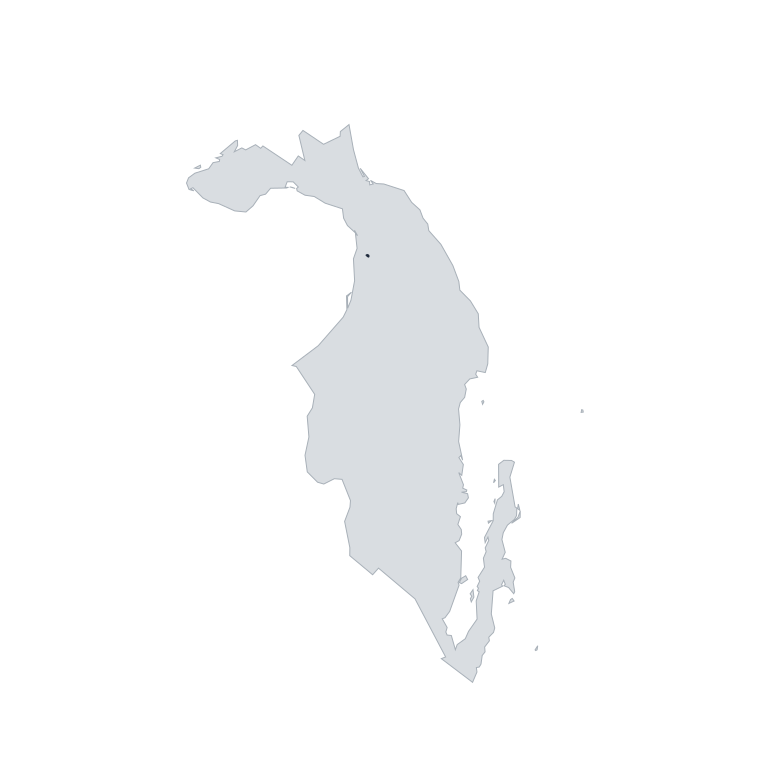 Cosautlán de Carvajal, Veracruz, Mexico shown in context, rotated 216°
{"feature_id": "50627088B10662501501563", "entity_name": "Cosautlán de Carvajal", "entity_type": "district", "adm_level": 2, "iso_a3": "MEX", "parent_name": "Mexico", "parent_adm1": "Veracruz", "projection": "orthographic", "projection_center": [-96.973, 19.329], "detail": "fine", "context": "in_parent", "style": "filled", "palette": "slate", "viewbox_px": 768, "rotation_deg": 216, "n_neighbors": 0, "source": "geoboundaries", "source_scale": "gbopen_adm2", "svg_char_len": 4302}
<svg xmlns="http://www.w3.org/2000/svg" viewBox="0 0 768 768"><g transform="rotate(216 384 384)"><path d="M137.0,194.7L176.2,195.5L173.7,199.4L232.6,228.4L280.2,231.8L281.1,223.0L310.8,225.0L315.4,231.5L335.1,249.7L339.1,264.3L342.6,270.0L361.9,282.2L368.5,278.2L373.9,267.7L380.0,265.5L394.4,267.8L406.0,279.9L413.6,297.0L427.2,312.8L427.9,322.6L434.0,334.9L465.2,346.6L469.3,344.9L459.7,376.3L456.3,414.1L457.7,422.3L466.1,433.2L464.3,439.1L464.8,433.2L457.9,423.9L460.0,432.4L468.5,450.3L482.3,467.3L485.5,477.9L495.3,488.7L492.6,488.5L498.2,491.0L496.4,489.5L506.7,490.7L514.1,494.4L520.6,501.3L537.9,495.7L550.6,494.7L558.9,490.3L567.8,489.2L569.6,490.8L569.1,493.0L576.3,494.2L581.2,490.7L579.7,485.1L577.3,486.6L577.9,485.4L590.8,475.7L591.4,468.0L595.0,463.5L594.7,451.2L596.8,442.0L606.5,436.3L623.9,432.7L631.4,429.2L639.9,428.1L654.0,430.5L655.1,428.4L651.4,428.5L656.1,426.8L661.9,430.5L663.3,435.9L660.9,443.4L652.3,455.1L652.4,462.6L648.0,467.3L648.9,469.0L653.0,468.1L648.9,473.0L649.0,474.9L651.9,474.2L647.2,493.2L645.8,495.0L642.6,490.9L641.6,483.9L637.8,491.4L633.5,492.1L628.6,502.1L622.3,502.2L621.9,505.4L587.1,506.8L587.4,518.1L579.4,518.3L599.0,535.1L598.6,541.5L573.8,542.4L565.1,558.6L567.7,562.6L564.8,573.3L546.4,555.6L531.7,543.7L522.8,539.2L521.8,540.4L530.0,544.5L517.2,541.0L518.1,538.0L514.7,539.3L512.6,536.7L510.3,539.5L514.6,540.8L508.1,541.6L501.7,545.7L481.5,552.3L468.4,547.2L457.3,546.0L449.9,541.1L442.6,539.1L437.9,534.4L420.0,530.4L397.9,520.3L383.7,510.9L377.8,504.5L362.9,502.0L349.0,496.2L340.4,485.7L321.4,475.2L311.9,461.3L308.8,452.8L316.6,449.3L315.6,445.8L312.2,444.5L317.6,438.5L318.5,431.0L314.5,428.3L310.9,420.6L311.4,413.8L309.0,407.6L298.6,395.6L289.8,381.3L275.6,368.6L279.8,371.1L280.2,368.5L272.5,365.5L267.4,355.8L271.5,356.3L260.5,349.2L259.1,346.0L254.7,346.9L254.1,345.4L257.7,342.0L251.9,344.4L248.8,341.5L248.7,335.3L253.2,330.2L254.6,331.4L252.3,325.5L249.0,321.8L244.2,321.6L241.7,313.8L236.0,311.7L232.9,308.2L231.2,301.5L233.1,297.4L223.1,294.5L207.9,272.2L207.5,267.1L205.0,265.3L197.2,238.6L197.3,230.7L198.9,228.3L189.8,224.1L188.2,219.7L185.4,218.0L181.7,220.1L170.1,211.0L171.6,216.2L168.5,225.7L170.2,233.6L170.5,248.5L181.9,262.7L184.9,271.9L187.0,271.7L187.6,274.4L189.6,274.9L190.7,280.7L194.2,282.8L195.0,294.9L201.2,301.5L202.8,308.4L205.8,310.9L207.3,319.0L209.9,321.2L208.9,315.1L212.5,318.9L215.3,337.6L219.3,343.2L224.1,356.9L222.7,362.4L223.5,367.5L228.3,372.7L230.6,368.0L244.1,386.4L242.2,392.7L235.9,397.1L232.5,397.4L227.4,382.6L205.7,361.6L203.6,361.7L199.4,355.4L198.9,351.2L201.2,342.4L200.1,333.8L197.2,327.5L187.0,319.1L185.5,311.7L183.1,314.5L177.3,315.4L173.8,310.1L164.1,304.0L163.1,299.7L156.2,292.8L155.8,290.6L163.6,292.6L168.4,291.3L168.1,293.2L171.8,295.6L170.9,290.6L169.2,290.2L174.2,280.8L162.0,261.0L151.0,251.7L149.4,247.4L150.4,240.7L147.8,238.2L148.0,230.4L144.8,226.7L145.0,222.1L140.9,214.4L140.6,211.0L142.6,208.9L139.5,205.6L137.0,194.7ZM207.1,272.4L205.2,276.9L201.4,275.0L203.9,268.1L206.3,267.6L207.1,272.4ZM191.1,269.9L186.0,264.4L185.3,259.0L187.9,261.0L188.2,263.9L191.0,264.9L191.1,269.9ZM661.2,453.1L659.6,451.6L660.3,449.4L664.1,447.4L661.2,453.1ZM199.1,361.3L195.4,356.0L198.9,346.3L197.3,355.1L199.1,361.3ZM154.2,285.9L151.2,284.9L154.0,279.9L154.9,283.9L154.2,285.9ZM105.8,262.6L103.9,258.9L104.6,257.5L105.5,257.7L105.8,262.6ZM202.6,361.7L204.8,365.8L199.8,361.6L202.6,361.7ZM294.7,427.4L294.1,429.0L292.7,428.3L292.3,425.5L294.7,427.4ZM226.0,353.5L226.7,356.6L224.3,352.6L226.0,353.5ZM217.7,332.8L219.2,334.2L216.6,336.8L217.7,332.8ZM209.0,479.4L207.8,479.8L206.3,478.4L207.8,476.9L209.0,479.4ZM573.9,489.1L570.8,490.0L576.1,488.1L573.9,489.1ZM238.7,371.8L237.2,371.4L237.3,368.5L238.7,371.8Z" fill="#d9dde1" stroke="#a8b0b8" stroke-width="1"/><path d="M474.0,478.0L474.0,477.9L473.9,477.9L473.7,477.9L473.4,477.7L473.3,477.4L473.3,477.5L473.2,477.5L472.9,477.5L472.7,477.6L472.4,477.7L472.1,477.6L471.9,477.7L471.7,477.7L471.4,477.7L471.3,477.8L471.4,478.0L471.4,478.3L471.5,478.4L471.5,478.5L471.8,478.5L472.0,478.7L472.1,478.8L472.3,478.9L472.3,479.0L472.5,479.0L472.8,479.0L472.9,478.9L473.0,478.9L473.1,478.7L473.3,478.6L473.5,478.6L473.5,478.4L473.8,478.2L474.0,478.1L473.9,478.1L474.0,478.0L474.0,478.0Z" fill="#64748b" stroke="#1e293b" stroke-width="1.5"/></g></svg>